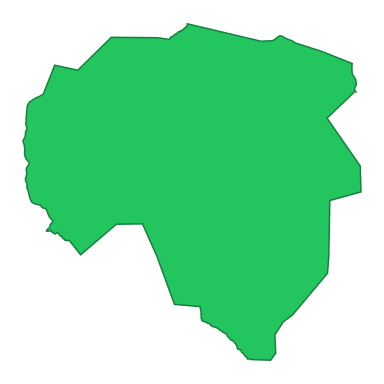 outline of Santa Rita, Copán, Honduras
{"feature_id": "27666195B5309691152519", "entity_name": "Santa Rita", "entity_type": "district", "adm_level": 2, "iso_a3": "HND", "parent_name": "Honduras", "parent_adm1": "Copán", "projection": "albers", "projection_center": [-89.049, 14.871], "detail": "fine", "context": "isolated", "style": "filled", "palette": "green", "viewbox_px": 384, "rotation_deg": 0, "n_neighbors": 0, "source": "geoboundaries", "source_scale": "gbopen_adm2", "svg_char_len": 5498}
<svg xmlns="http://www.w3.org/2000/svg" viewBox="0 0 384 384"><path d="M245.3,356.3L246.0,356.8L246.6,357.1L246.9,357.3L247.0,357.9L247.2,358.4L247.3,358.8L247.5,358.9L247.6,359.0L248.0,358.9L248.8,358.7L249.2,358.7L249.3,358.7L249.5,358.8L249.8,359.2L250.0,359.5L260.9,359.9L270.7,360.2L275.7,353.2L274.9,334.8L283.4,321.7L292.4,315.1L327.5,273.3L328.8,256.1L329.8,200.5L361.0,191.9L360.2,165.9L327.0,118.1L355.0,91.5L355.7,91.7L355.4,91.3L355.2,91.0L355.0,90.6L354.8,90.3L354.7,89.9L354.6,89.6L354.6,89.3L354.6,88.9L354.8,87.8L354.9,87.4L355.1,87.0L355.4,86.5L355.9,85.7L356.0,85.4L356.1,85.2L356.2,84.8L356.3,84.3L356.3,83.7L356.3,83.2L355.8,81.2L355.6,79.7L355.4,79.1L355.1,78.5L354.6,77.8L353.9,76.6L353.2,75.6L352.8,75.1L352.5,74.4L352.3,73.9L352.3,73.4L352.1,72.2L351.9,69.8L352.0,68.4L351.9,66.7L352.0,66.1L352.0,64.9L352.2,63.5L321.1,51.2L295.6,43.1L292.3,40.9L290.8,40.3L288.1,39.4L286.4,38.6L284.7,37.8L283.5,37.0L282.3,36.3L280.3,35.9L279.1,36.1L277.7,37.1L276.4,38.0L275.6,38.8L274.5,39.7L272.9,40.5L271.2,40.8L269.1,40.9L267.5,41.0L266.2,40.9L264.8,41.0L263.5,41.2L260.9,41.2L187.3,23.8L187.2,24.4L187.2,25.2L187.2,25.4L187.1,25.7L186.9,26.1L186.5,26.5L185.9,27.1L185.2,27.7L184.3,28.3L183.1,29.4L182.8,29.8L182.4,30.5L182.1,30.8L181.9,30.9L181.7,30.9L181.3,30.6L181.1,30.5L180.9,30.5L180.7,30.5L180.4,30.8L180.3,31.0L180.2,31.3L180.2,31.5L179.9,31.8L179.6,31.9L179.4,31.9L179.2,31.9L178.8,31.8L178.6,31.8L178.3,31.9L178.1,32.0L177.9,32.2L177.7,32.4L177.5,32.6L177.3,33.0L177.2,33.2L177.0,33.4L176.7,33.6L176.4,33.8L176.1,33.9L175.1,34.3L174.6,34.6L174.2,34.9L173.9,35.1L173.4,35.7L173.0,36.1L172.7,36.3L172.4,36.6L171.9,36.8L171.4,36.9L171.1,37.0L170.8,37.1L170.6,37.3L170.3,37.6L170.2,37.8L170.0,38.1L169.9,38.5L169.8,38.8L169.6,39.1L169.3,39.4L157.3,37.7L111.3,37.3L77.8,70.2L54.7,65.2L43.3,94.1L39.6,96.3L34.9,98.4L31.9,100.5L29.6,101.9L28.2,103.9L27.2,106.5L26.9,110.1L26.5,114.4L26.1,117.9L26.1,120.9L25.8,123.8L26.1,125.5L26.5,126.9L27.1,128.6L26.5,130.0L25.8,131.1L25.4,133.2L25.4,134.3L25.3,136.1L24.8,137.7L23.8,139.1L23.0,140.4L23.2,142.0L24.1,144.4L24.5,147.1L24.8,150.0L24.5,152.1L24.6,154.7L25.1,156.5L25.8,158.3L26.9,160.0L28.0,161.3L29.0,162.5L29.3,163.7L28.3,165.3L26.9,167.4L26.3,168.9L26.2,170.1L26.6,171.4L26.9,173.3L26.3,176.3L25.4,178.5L25.5,180.5L26.3,182.4L26.9,183.3L27.0,185.3L26.8,187.2L27.3,189.0L27.9,190.2L28.3,191.5L28.6,193.2L29.1,194.9L29.5,196.8L30.3,199.1L31.0,201.0L31.9,202.2L33.5,203.3L36.6,204.4L38.9,204.8L40.3,205.2L41.0,205.9L41.7,207.0L42.3,207.6L43.2,208.1L45.2,208.4L46.0,209.1L46.7,210.3L47.2,211.7L48.3,214.6L49.1,216.4L49.9,217.6L50.9,218.9L53.3,221.1L52.9,221.5L52.4,222.0L52.1,222.3L51.6,223.1L51.3,223.4L50.9,223.8L50.7,224.1L50.4,224.6L50.2,225.1L49.9,225.7L49.8,226.4L49.7,226.7L49.6,227.1L49.3,227.6L49.0,228.0L48.7,228.4L47.3,229.4L47.2,229.5L47.0,229.9L46.9,230.3L46.7,230.5L46.5,231.0L46.6,231.3L47.1,231.2L47.5,231.1L48.0,231.1L48.7,231.2L48.9,231.2L49.3,231.1L50.2,230.7L51.2,230.5L51.4,230.4L51.5,230.5L51.6,230.9L51.6,231.0L51.4,231.2L51.4,231.4L51.4,231.7L51.5,231.8L51.9,232.0L52.5,232.4L52.6,232.5L53.1,232.8L53.4,232.9L53.5,233.0L53.6,233.3L53.9,233.5L54.5,233.8L55.1,234.0L55.4,233.9L55.8,233.7L56.5,233.3L56.7,233.1L57.0,232.8L57.2,232.6L57.4,232.5L57.5,232.5L57.9,232.7L58.2,233.0L58.3,233.2L58.5,233.6L59.0,234.2L59.6,235.2L59.9,235.6L60.3,236.0L60.6,236.2L60.8,236.2L61.0,236.2L61.3,236.1L61.6,236.1L61.8,236.3L62.2,237.5L62.2,237.8L62.4,238.0L62.6,238.2L62.7,238.3L63.2,238.6L64.0,238.9L64.2,239.1L64.3,239.2L64.5,239.4L64.6,239.7L64.7,239.9L64.9,240.1L65.0,240.3L65.3,240.4L65.7,240.4L66.9,240.6L68.0,240.6L68.5,240.5L69.2,240.3L80.6,254.8L116.4,224.2L142.5,223.9L156.9,256.2L174.5,304.4L200.1,306.6L200.2,307.1L200.4,308.3L200.6,310.4L200.7,310.8L201.0,311.3L201.1,311.6L201.2,312.0L201.2,312.3L201.2,312.6L201.2,312.8L201.2,313.1L201.0,313.5L200.9,313.9L201.0,314.1L201.0,314.4L201.1,314.6L201.3,314.9L201.3,315.2L201.3,315.5L201.2,316.2L201.1,316.6L201.1,317.4L201.2,318.2L201.3,318.5L201.4,318.8L201.5,319.0L201.8,319.2L201.9,319.4L201.9,319.6L201.9,320.0L202.0,320.6L202.2,320.9L202.3,321.0L205.1,321.8L205.3,321.9L205.4,322.1L205.6,322.2L205.8,322.3L206.0,322.3L206.3,322.3L206.5,322.3L206.8,322.5L207.1,322.8L207.4,323.0L207.6,323.2L207.9,323.3L208.3,323.4L208.9,323.4L209.2,323.5L209.4,323.6L209.7,323.8L210.0,324.1L210.1,324.3L210.5,324.9L210.8,325.4L211.6,326.0L212.2,326.4L212.5,326.6L212.8,326.7L213.0,326.7L213.5,326.7L214.3,326.9L216.2,327.6L217.7,328.3L218.2,328.6L218.9,329.1L219.1,329.3L219.5,329.9L219.6,330.1L219.8,330.2L220.0,330.3L220.7,330.5L221.1,330.6L221.4,330.8L221.7,331.0L221.9,331.1L222.1,331.3L222.5,332.0L222.8,332.3L223.0,332.4L223.2,332.5L223.5,332.5L223.8,332.4L224.1,332.5L224.4,332.7L224.9,333.2L225.3,333.5L225.7,333.7L226.2,333.8L226.4,333.9L226.7,334.1L226.9,334.3L227.1,334.6L227.1,334.8L227.1,335.3L227.1,335.6L227.2,335.8L227.3,336.1L229.0,337.9L230.6,339.7L231.0,340.1L231.3,340.3L231.5,340.3L231.9,340.3L232.1,340.3L232.3,340.4L232.6,340.5L233.3,341.2L234.0,341.9L234.9,343.0L235.6,343.8L236.0,344.4L236.4,345.1L236.9,346.3L237.0,346.6L237.1,347.0L237.2,347.8L237.2,348.1L237.4,348.5L237.6,348.8L237.8,349.0L238.2,349.3L238.6,349.4L239.0,349.6L239.4,349.7L239.7,349.7L240.0,349.6L240.3,349.6L240.5,349.7L240.8,349.8L240.9,350.0L241.0,350.2L241.1,350.8L241.2,351.4L241.4,351.8L241.7,352.2L241.9,352.5L242.0,352.6L242.5,353.0L243.3,353.5L243.7,353.7L243.8,353.7L244.2,354.8L244.6,355.6L244.9,356.0L245.3,356.3Z" fill="#22c55e" stroke="#15803d" stroke-width="1.5"/></svg>